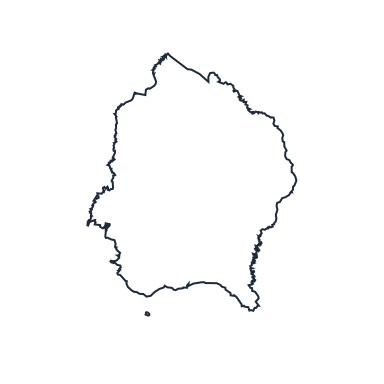 Waropen, Papua, Indonesia, rotated 241°
{"feature_id": "22746128B12986554349068", "entity_name": "Waropen", "entity_type": "district", "adm_level": 2, "iso_a3": "IDN", "parent_name": "Indonesia", "parent_adm1": "Papua", "projection": "albers", "projection_center": [136.631, -2.729], "detail": "fine", "context": "isolated", "style": "outline", "palette": "slate", "viewbox_px": 384, "rotation_deg": 241, "n_neighbors": 0, "source": "geoboundaries", "source_scale": "gbopen_adm2", "svg_char_len": 6013}
<svg xmlns="http://www.w3.org/2000/svg" viewBox="0 0 384 384"><g transform="rotate(241 192 192)"><path d="M227.9,291.6L228.2,290.3L229.5,289.3L228.8,288.2L230.2,288.0L231.5,286.5L230.8,284.5L231.4,282.0L231.8,284.2L232.4,284.4L233.3,282.0L236.4,280.8L236.9,281.1L236.5,282.8L239.0,281.0L240.8,282.6L242.7,281.2L244.5,283.1L245.6,280.7L247.5,281.9L247.5,280.0L248.8,278.6L249.5,278.5L250.1,280.4L250.8,280.4L251.3,279.1L252.4,278.8L251.9,281.5L253.4,280.3L258.1,280.7L259.0,280.2L259.5,277.3L260.6,277.4L261.0,279.0L263.3,278.8L264.8,279.6L268.1,278.0L268.8,275.2L270.9,275.2L271.7,274.6L271.4,272.0L275.6,268.5L275.8,270.4L277.0,271.0L280.2,270.2L282.1,270.6L283.0,269.1L285.0,269.2L286.2,268.4L287.2,265.4L284.7,262.1L280.4,259.8L291.6,255.8L299.3,250.8L301.6,247.6L321.6,238.8L324.8,238.1L324.2,236.5L325.1,235.7L322.7,234.7L325.6,234.1L324.3,233.8L324.6,231.6L322.6,232.6L321.6,231.4L322.9,231.1L322.0,230.1L323.3,229.3L321.5,228.5L322.7,227.5L320.9,227.4L319.7,226.4L321.5,225.5L320.6,224.0L320.8,221.1L319.3,221.3L319.6,219.4L318.9,218.4L317.9,219.0L317.8,216.8L317.2,217.4L315.2,215.6L313.7,215.3L313.7,216.1L312.9,215.1L306.3,214.2L304.4,212.9L303.2,210.5L302.8,205.1L303.9,204.1L303.8,201.3L299.4,198.2L304.6,192.0L305.2,190.3L305.9,190.8L306.7,190.0L302.7,185.8L301.6,183.5L302.4,177.2L301.6,174.3L303.0,172.9L301.8,171.9L301.7,171.2L302.5,171.6L302.1,170.1L301.6,170.1L301.9,169.0L301.0,168.5L301.6,168.1L300.8,167.4L300.3,167.7L300.2,165.2L297.0,162.9L297.6,162.1L294.4,162.5L294.2,161.6L288.5,159.8L288.0,158.2L284.7,156.6L283.5,155.1L279.9,154.3L279.9,153.2L278.7,152.7L278.8,151.9L278.0,151.9L277.6,150.9L275.2,151.4L274.8,150.4L274.4,150.8L273.3,149.8L272.7,150.1L272.8,147.5L271.8,147.7L270.6,145.9L268.4,145.3L267.8,144.1L266.0,143.5L265.5,144.6L263.5,143.5L260.4,139.2L259.4,139.9L258.8,138.8L258.0,139.6L257.6,137.3L258.5,137.3L258.8,136.1L257.7,135.8L258.0,133.7L256.9,133.8L256.6,131.2L254.8,132.6L252.2,131.9L251.4,132.9L250.0,131.6L248.6,132.3L247.9,131.5L246.0,133.0L244.0,132.9L244.6,131.0L242.7,130.2L240.9,127.3L240.2,126.9L239.4,127.5L234.1,125.1L233.1,124.0L233.9,122.5L233.5,120.4L234.6,119.5L236.4,120.6L237.6,120.6L236.7,118.3L238.9,117.8L238.7,116.1L236.4,115.3L235.7,116.1L234.5,114.7L235.1,114.0L234.3,112.2L236.7,108.6L235.5,108.4L234.7,107.3L233.4,108.2L232.1,107.4L232.4,105.3L234.2,105.7L232.0,101.7L231.4,102.5L230.3,101.7L230.8,102.8L229.9,102.9L229.5,99.7L228.4,99.2L228.6,98.3L227.3,98.4L226.3,96.6L226.4,95.2L225.2,95.8L224.5,93.3L223.8,93.8L223.2,92.9L222.5,93.6L220.6,92.5L219.6,92.8L219.7,91.7L218.9,91.6L217.1,89.7L217.4,88.0L216.5,86.4L213.5,84.4L213.0,84.9L215.4,87.7L214.7,93.2L214.5,93.6L213.6,92.6L212.4,93.1L210.8,91.2L207.6,95.6L206.2,94.8L203.4,96.4L203.2,98.1L204.1,98.4L204.6,99.9L206.4,101.3L206.0,101.6L204.2,100.0L203.5,101.5L202.1,101.6L203.2,104.0L204.0,104.1L204.3,103.1L205.1,102.9L203.9,104.4L203.0,104.1L202.4,102.9L201.4,99.6L200.7,100.2L201.3,99.3L200.7,98.2L200.0,98.6L198.9,98.4L200.2,98.1L194.9,94.5L193.6,94.4L193.0,96.0L189.8,98.2L187.5,100.9L183.8,100.1L181.2,98.0L180.5,98.1L180.1,99.1L179.0,98.2L177.2,98.2L173.7,99.6L172.4,97.9L172.6,96.7L171.3,98.5L172.4,96.2L171.0,97.0L170.3,96.7L170.6,96.3L169.7,96.3L168.6,92.7L169.8,89.3L171.2,87.9L170.9,87.1L169.5,87.3L168.9,88.3L168.2,88.0L169.0,88.8L168.8,89.9L168.6,88.9L167.9,88.8L167.6,90.2L164.6,91.2L162.4,93.6L160.6,93.2L160.0,91.1L158.9,91.4L159.0,89.5L158.2,90.0L157.2,87.3L155.7,87.2L154.2,89.0L146.2,90.8L145.6,91.7L143.6,90.2L139.9,89.9L135.5,91.4L133.1,92.7L130.9,95.5L128.5,96.6L126.3,100.0L122.6,101.5L121.2,105.5L122.6,110.5L123.0,116.5L122.2,120.9L123.2,122.7L120.6,124.2L117.9,127.9L115.2,128.8L114.1,130.1L114.1,132.9L112.2,137.4L112.7,138.0L110.7,141.3L112.6,142.3L113.4,144.4L111.6,143.0L111.2,148.9L108.5,156.4L107.2,158.9L106.0,159.4L100.2,169.5L96.6,171.9L94.9,172.1L92.1,174.7L90.3,174.0L85.0,176.7L82.9,175.7L80.9,178.2L81.3,178.8L78.5,180.0L69.7,180.9L68.0,180.1L67.4,182.2L66.5,182.1L64.0,185.4L60.5,184.7L60.1,186.3L58.4,188.0L60.3,190.6L59.5,191.7L60.7,194.3L60.1,195.3L65.2,194.6L66.6,198.7L68.8,199.4L74.2,198.8L76.3,196.7L78.8,197.9L79.8,196.7L83.0,196.4L81.9,200.3L82.6,201.0L83.9,200.2L85.0,200.9L85.1,201.7L83.5,203.2L84.7,205.3L84.3,203.0L85.0,202.5L86.6,204.6L87.8,203.4L88.5,203.7L88.3,205.7L90.6,205.0L91.2,204.2L92.2,204.5L92.5,205.3L91.4,206.0L92.1,207.6L93.2,207.7L93.5,205.3L96.4,205.8L96.1,207.6L96.8,206.8L98.9,206.9L99.1,209.0L101.2,210.1L99.8,211.2L99.7,212.2L101.1,211.3L102.3,211.9L101.0,212.9L101.2,213.8L102.4,213.7L103.2,212.6L104.0,213.7L105.9,213.9L104.2,214.4L103.2,216.2L103.3,217.2L105.5,218.0L105.5,217.3L103.8,216.3L104.1,215.5L105.9,216.5L107.4,215.2L108.4,215.4L107.4,216.3L107.3,218.6L109.8,220.5L109.5,221.2L108.0,221.5L108.4,222.6L109.6,222.5L110.8,219.5L111.8,219.6L110.8,222.0L111.3,222.4L112.4,221.2L114.2,221.6L113.0,222.6L113.7,223.8L112.6,225.0L114.3,225.5L114.0,226.4L112.8,226.8L113.5,228.0L114.0,228.1L113.9,227.2L115.0,227.6L116.1,226.8L117.4,228.0L118.2,227.9L118.3,227.3L119.9,227.8L120.0,228.8L120.7,228.8L120.0,229.2L120.3,230.3L121.1,229.5L122.0,232.9L125.0,233.4L125.3,235.6L123.6,237.5L123.9,239.1L123.3,240.8L124.0,241.2L123.0,242.4L124.1,241.5L124.3,242.8L122.9,243.7L122.6,245.8L124.4,246.3L124.0,248.2L124.9,248.7L125.6,250.8L127.6,252.8L131.4,254.3L135.1,258.1L139.2,259.4L141.2,261.2L140.7,264.1L142.9,267.9L142.2,271.0L142.3,275.5L143.9,278.0L143.2,279.2L144.2,279.2L145.2,281.5L147.7,283.0L147.8,284.4L151.3,288.8L155.6,289.9L159.9,289.5L161.0,288.8L165.8,291.4L166.4,293.1L167.2,293.4L170.2,292.5L172.7,292.6L175.0,290.7L178.2,290.8L181.6,293.0L182.3,294.8L186.9,294.8L190.9,296.8L192.2,295.9L195.3,297.0L197.2,299.1L198.8,299.6L202.6,299.4L206.5,297.8L207.7,298.8L209.8,296.3L212.3,296.3L214.4,298.6L217.4,299.4L218.7,298.1L218.8,297.0L221.8,295.5L222.6,294.3L225.5,293.7L226.5,291.8L227.9,291.6ZM109.0,93.5L107.3,92.0L105.2,93.7L105.0,94.9L106.2,95.5L108.5,94.6L109.0,93.5ZM204.4,99.7L203.0,98.3L201.7,99.5L202.2,100.8L203.1,99.7L204.4,99.7Z" fill="none" stroke="#1e293b" stroke-width="2"/></g></svg>